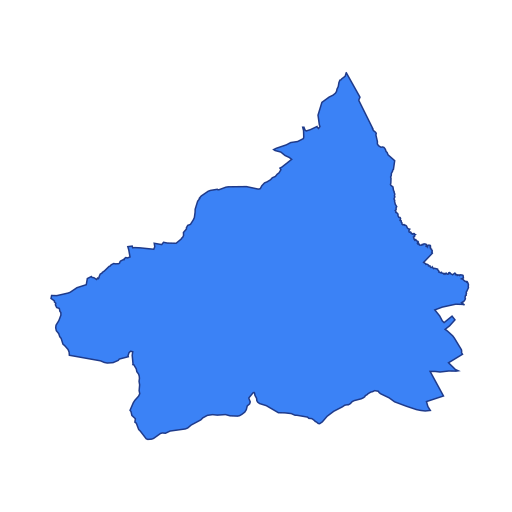 Voslabeni, Harghita, Romania (Robinson projection), rotated 174°
{"feature_id": "2599482B3089153619350", "entity_name": "Voslabeni", "entity_type": "district", "adm_level": 2, "iso_a3": "ROU", "parent_name": "Romania", "parent_adm1": "Harghita", "projection": "robinson", "projection_center": [25.647, 46.621], "detail": "fine", "context": "isolated", "style": "filled", "palette": "blue", "viewbox_px": 512, "rotation_deg": 174, "n_neighbors": 0, "source": "geoboundaries", "source_scale": "gbopen_adm2", "svg_char_len": 5961}
<svg xmlns="http://www.w3.org/2000/svg" viewBox="0 0 512 512"><g transform="rotate(174 256 256)"><path d="M382.5,278.7L381.9,275.3L381.4,268.2L384.1,267.5L385.6,268.1L387.4,267.0L387.4,266.2L388.8,266.1L391.3,265.1L391.8,264.6L392.5,263.1L393.5,262.7L396.7,262.9L398.3,263.4L401.1,262.3L402.0,261.3L403.2,261.0L408.4,256.9L410.5,255.8L411.1,255.0L412.8,254.3L414.2,251.8L414.5,250.8L415.2,250.0L415.9,250.6L417.0,249.3L419.4,251.3L421.4,251.9L421.9,252.8L426.1,251.2L427.8,245.2L437.4,243.2L444.7,239.3L446.7,238.8L458.3,237.4L463.4,238.1L464.3,235.2L461.2,232.5L461.3,231.4L460.1,230.0L460.6,228.4L459.6,225.6L457.1,224.4L456.8,221.4L456.0,220.2L456.2,217.6L458.8,212.4L462.1,208.1L462.7,205.6L462.4,202.6L460.3,199.4L459.6,196.2L458.4,194.4L457.2,188.5L455.6,186.8L452.7,182.7L451.9,179.9L452.0,176.8L421.6,168.0L418.0,166.0L415.1,165.1L409.3,164.9L403.9,166.6L402.7,167.8L393.5,169.2L393.7,170.2L392.4,173.1L391.8,173.6L390.6,174.4L388.6,173.7L389.5,170.2L389.6,161.3L389.8,160.9L388.9,160.6L386.9,156.3L386.6,153.4L385.2,151.0L384.7,149.0L384.7,146.5L385.4,143.6L385.2,140.0L386.3,134.3L386.0,131.2L387.4,128.9L391.5,125.2L393.3,123.0L397.4,115.7L396.6,114.4L396.1,110.4L393.0,106.8L393.8,103.4L392.5,102.2L390.8,95.7L389.4,94.0L384.3,85.7L382.8,84.9L378.9,84.8L376.9,85.3L369.5,89.5L367.6,89.8L364.6,89.2L359.7,90.9L344.4,91.4L341.9,92.1L338.1,94.7L328.0,98.8L325.8,100.6L321.0,102.6L315.8,102.8L311.1,101.8L302.9,101.5L298.6,99.8L291.1,98.7L289.1,98.9L286.6,100.0L283.5,101.9L281.7,104.2L280.4,107.8L277.8,109.6L277.0,111.5L278.0,115.3L277.8,115.8L273.4,120.1L272.3,120.5L271.8,119.9L271.6,117.5L270.3,114.4L270.3,112.1L269.6,110.5L267.9,108.9L261.4,106.1L250.1,97.8L243.7,97.0L237.4,95.6L233.9,93.6L231.8,93.3L221.6,90.4L220.4,89.0L217.7,88.5L216.7,87.8L214.7,85.9L214.5,85.3L213.2,84.6L211.7,83.0L210.6,82.6L210.2,82.6L207.4,84.1L202.0,89.2L194.8,93.5L185.8,97.0L183.4,98.3L180.6,98.6L180.1,98.3L178.7,98.8L177.5,99.4L175.6,101.1L173.5,101.9L166.2,103.0L164.0,103.8L162.5,104.7L161.9,105.7L159.8,106.6L159.1,107.3L156.0,108.7L154.2,108.9L152.0,109.7L148.5,108.7L147.8,107.3L146.5,106.0L138.4,101.0L133.4,96.5L122.2,90.9L112.5,86.5L108.4,85.2L103.9,84.2L98.8,84.2L100.8,88.3L101.7,93.4L84.2,97.2L94.9,123.0L90.0,122.5L85.1,121.4L76.3,121.5L69.0,120.6L66.9,120.7L69.6,122.3L75.7,129.7L60.9,136.7L61.7,138.3L61.4,139.9L61.5,141.3L67.3,153.6L68.7,156.0L73.5,161.4L75.6,163.3L70.8,166.3L64.8,171.7L67.3,175.7L75.9,170.1L77.5,172.0L79.6,177.2L83.8,183.7L76.1,185.7L62.4,187.2L55.8,186.3L54.3,185.8L54.2,186.0L55.4,186.9L55.3,187.6L56.3,187.6L56.6,188.1L53.9,189.3L52.7,190.7L52.2,191.8L52.5,192.5L51.9,194.6L51.0,195.1L51.1,196.0L50.6,196.8L50.8,197.4L50.4,198.7L50.1,198.8L48.0,202.4L48.1,203.7L47.7,205.2L48.1,207.2L49.2,207.9L48.8,208.5L50.9,209.1L52.2,210.5L52.5,211.1L53.9,211.8L52.0,212.5L52.1,215.0L52.4,215.3L54.4,215.9L55.1,215.9L55.5,215.3L56.3,216.0L57.8,215.6L57.9,216.3L59.3,216.5L59.1,217.0L60.0,218.2L62.4,216.8L64.2,218.0L65.0,218.7L64.8,219.0L65.1,219.3L66.0,219.2L66.4,218.6L66.4,218.0L67.7,217.9L68.7,219.1L69.7,218.3L69.9,218.8L70.6,218.9L71.0,218.4L71.6,219.2L72.7,219.3L73.2,220.4L74.4,220.0L75.1,220.7L75.9,221.0L75.7,221.8L76.8,223.4L76.8,224.0L79.7,225.1L80.8,224.9L81.8,226.7L82.1,226.2L83.3,226.3L83.9,227.1L83.9,227.8L85.2,228.1L85.0,228.4L85.5,229.0L86.9,230.0L87.9,229.9L88.0,230.5L90.0,232.1L80.3,240.4L80.8,241.3L80.3,241.7L80.4,242.5L80.2,243.0L80.7,243.7L80.7,244.4L81.7,245.1L81.5,246.1L81.9,246.7L81.6,246.8L81.4,247.7L81.6,248.3L83.0,248.8L84.2,248.4L84.4,247.5L84.6,248.0L85.6,247.6L85.9,248.0L85.1,249.2L85.2,249.6L86.8,250.4L88.4,250.4L88.9,249.7L89.6,250.1L90.2,249.5L90.8,249.5L92.3,249.8L92.4,250.7L93.5,250.9L93.3,251.3L93.9,251.8L93.4,252.0L93.7,252.5L93.1,252.9L93.3,253.4L93.7,253.3L94.4,254.3L95.1,254.6L95.3,255.4L95.7,255.3L96.1,255.8L96.5,255.3L97.1,256.4L97.4,258.5L96.3,258.8L96.5,259.6L95.3,260.6L96.2,260.9L96.0,261.2L96.2,261.7L97.5,261.9L98.1,261.4L99.4,262.3L99.3,263.1L99.8,263.7L101.0,263.6L101.4,265.0L100.3,266.6L101.6,267.1L102.5,267.9L103.2,270.1L103.8,270.7L104.8,271.3L105.2,271.1L105.6,271.8L106.6,271.6L107.5,272.5L107.4,273.8L107.7,274.2L107.3,274.3L107.9,274.4L108.0,276.0L109.0,276.3L108.3,278.2L108.7,279.2L109.9,279.5L110.6,281.2L110.4,282.8L111.4,284.2L112.4,284.7L112.2,285.8L112.8,286.7L111.8,287.5L111.6,289.6L110.9,290.3L112.1,293.0L112.5,296.2L112.2,296.9L112.7,297.8L112.7,298.7L111.7,300.3L112.0,300.7L112.0,301.7L111.5,303.0L112.0,305.0L111.9,305.7L112.4,306.8L112.6,310.4L114.5,312.2L114.8,313.1L114.3,314.4L113.6,319.3L113.9,320.5L113.1,321.7L112.7,324.1L111.4,325.9L111.1,327.1L110.3,327.7L108.1,336.3L114.1,342.8L114.8,345.3L115.7,346.3L116.2,348.6L117.3,350.5L118.6,351.2L120.4,351.1L122.6,352.9L123.3,354.2L123.6,354.8L123.3,357.0L124.1,363.8L123.6,365.5L124.3,366.7L126.1,368.5L126.8,370.3L126.5,370.4L137.4,399.7L137.4,400.5L136.0,403.1L147.3,429.4L147.1,428.8L148.6,425.4L152.1,423.3L153.3,422.2L154.2,422.1L155.4,419.8L156.5,415.9L158.0,413.5L158.7,411.3L160.0,409.6L162.6,407.9L166.7,406.4L174.4,401.9L179.6,389.6L179.3,380.1L178.9,378.0L180.5,376.3L181.7,377.7L181.8,378.4L188.6,376.0L193.0,375.1L194.1,376.2L194.9,379.1L196.1,379.2L195.6,375.7L196.1,369.2L196.6,367.8L202.6,365.5L209.6,365.2L214.1,363.4L224.6,361.0L227.3,360.0L226.0,358.9L220.5,356.8L216.6,352.9L212.6,350.5L210.4,348.4L221.0,341.7L223.0,340.9L222.2,339.2L224.4,336.3L226.4,335.1L228.4,333.1L231.6,332.1L233.6,330.3L237.2,328.6L239.9,327.8L242.9,325.2L244.5,322.8L245.0,322.4L246.8,322.3L258.2,326.0L276.4,327.7L278.7,327.6L285.8,325.8L286.9,325.8L287.5,326.4L294.4,326.0L296.8,325.4L304.2,321.4L306.3,319.4L306.0,319.0L308.3,316.6L311.6,308.9L312.0,305.9L313.3,300.6L314.7,298.3L317.9,294.3L320.7,293.6L322.3,291.3L322.3,290.2L325.7,287.0L325.9,284.0L327.0,282.2L328.1,281.5L328.6,280.7L334.1,277.0L342.7,278.1L346.5,279.3L348.6,277.2L355.9,279.3L355.7,275.8L357.0,273.4L370.3,276.2L375.4,277.0L377.8,277.1L378.1,278.8L382.5,278.7Z" fill="#3b82f6" stroke="#1e3a8a" stroke-width="1.5"/></g></svg>